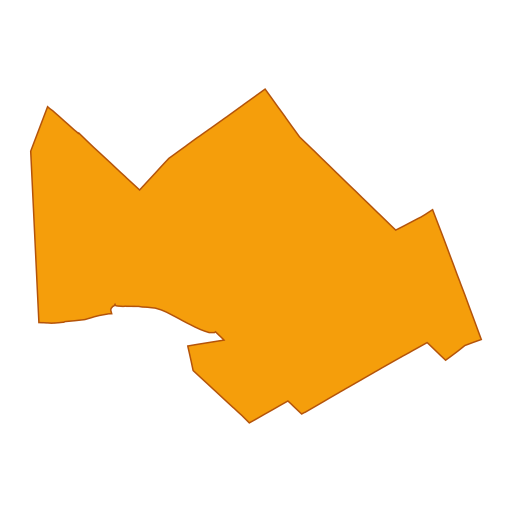 the district of Comuna 10, Ciudad de Buenos Aires, Argentina
{"feature_id": "61730980B55355191537575", "entity_name": "Comuna 10", "entity_type": "district", "adm_level": 2, "iso_a3": "ARG", "parent_name": "Argentina", "parent_adm1": "Ciudad de Buenos Aires", "projection": "mercator", "projection_center": [-58.505, -34.627], "detail": "fine", "context": "isolated", "style": "filled", "palette": "amber", "viewbox_px": 512, "rotation_deg": 0, "n_neighbors": 0, "source": "geoboundaries", "source_scale": "gbopen_adm2", "svg_char_len": 3810}
<svg xmlns="http://www.w3.org/2000/svg" viewBox="0 0 512 512"><path d="M47.6,106.7L30.9,150.7L30.8,151.0L30.7,151.2L38.9,322.6L39.3,322.6L39.6,322.6L41.8,322.7L43.2,322.7L43.5,322.7L44.8,322.8L46.5,322.9L47.1,322.9L48.8,323.0L50.2,323.1L51.6,323.2L52.9,323.1L55.4,323.0L57.3,322.8L58.9,322.7L61.5,322.4L63.8,322.2L65.0,321.6L74.9,320.7L84.6,319.6L85.1,319.5L92.3,317.4L94.1,316.8L99.3,315.5L108.7,313.8L109.1,313.8L111.7,313.7L110.9,310.8L110.7,309.9L111.2,308.3L112.9,306.3L113.9,306.0L114.3,305.5L115.0,304.4L115.5,305.5L116.3,305.8L117.6,306.0L118.7,306.1L118.9,306.1L119.2,306.1L121.1,306.3L121.8,306.3L122.3,306.4L123.7,306.4L125.1,306.2L125.8,306.2L126.4,306.3L127.9,306.3L136.7,306.4L138.6,306.4L142.2,307.0L147.2,307.2L151.5,307.7L155.3,308.1L161.2,309.9L162.4,310.4L166.6,312.2L166.8,312.3L172.0,315.0L172.7,315.4L174.7,316.4L177.7,318.0L180.5,319.5L180.8,319.7L181.7,320.2L186.6,322.8L191.7,325.3L191.8,325.4L194.2,326.6L195.1,327.1L196.3,327.6L200.4,329.5L204.6,331.1L209.2,332.6L213.4,332.6L214.4,332.6L215.5,331.8L219.1,335.3L220.6,336.7L223.6,339.6L224.0,340.1L196.5,344.5L187.8,346.0L188.0,347.1L189.3,352.8L191.3,361.9L193.0,370.0L193.2,370.6L197.6,374.7L206.4,382.8L214.4,390.2L215.3,391.0L224.1,399.2L233.0,407.4L234.0,408.2L237.7,411.7L241.6,415.2L245.3,418.9L249.3,422.9L257.0,418.6L264.6,414.2L272.3,409.9L280.1,405.4L287.9,401.0L291.4,404.2L293.3,406.1L300.9,413.3L301.7,414.0L303.3,413.1L304.2,412.6L304.5,412.5L305.1,412.3L313.9,407.2L323.9,401.4L329.1,398.3L334.8,395.0L336.9,393.8L337.8,393.3L339.0,392.6L339.6,392.2L344.2,389.6L344.8,389.2L351.0,385.7L356.0,382.8L357.8,381.8L364.0,378.2L370.8,374.3L373.1,373.0L374.9,371.9L376.4,371.1L379.7,369.2L381.7,368.0L387.0,365.0L394.6,360.7L403.1,355.9L405.2,354.8L410.1,352.1L413.2,350.3L415.8,348.9L427.1,342.6L428.5,343.8L434.2,349.3L440.3,355.2L444.0,358.7L445.6,360.2L451.2,356.1L458.0,351.0L464.9,345.5L472.9,342.5L481.3,339.5L477.9,330.3L474.0,319.7L469.5,307.6L465.0,295.3L460.3,283.0L459.9,281.8L459.2,280.0L456.9,274.0L453.7,265.3L450.1,255.8L445.9,244.5L442.5,235.5L439.0,226.4L438.5,225.1L435.5,217.3L432.6,209.7L431.1,210.6L430.3,211.2L429.0,212.0L425.2,214.5L420.9,217.1L418.0,218.5L410.6,222.4L403.2,226.3L402.8,226.5L402.5,226.6L402.1,226.9L401.8,227.0L395.7,230.1L390.8,225.4L386.0,220.7L379.0,213.9L377.9,212.9L369.9,205.1L361.8,197.3L354.8,190.4L353.8,189.5L345.7,181.7L337.7,173.9L336.7,173.0L329.7,166.1L321.6,158.3L313.6,150.4L312.7,149.6L306.8,143.9L305.5,142.7L299.6,137.0L293.1,128.0L292.2,126.8L285.9,118.0L285.0,116.6L281.0,111.1L280.3,110.2L280.0,109.7L279.2,108.7L278.1,107.2L271.4,97.8L265.1,89.1L256.6,95.2L255.6,96.0L250.7,99.5L250.0,100.0L248.8,100.9L248.3,101.2L243.3,104.8L242.2,105.7L241.0,106.5L240.1,107.2L238.6,108.2L237.6,109.0L237.0,109.4L236.6,109.7L235.5,110.5L234.5,111.2L232.6,112.6L231.6,113.3L229.8,114.6L227.2,116.5L226.6,117.0L226.0,117.3L224.9,118.1L224.6,118.3L213.7,126.1L210.2,128.6L209.4,129.1L208.4,129.8L207.6,130.4L206.5,131.2L205.9,131.6L204.3,132.7L203.1,133.6L201.2,134.9L201.0,135.1L200.3,135.6L198.7,136.7L197.6,137.4L194.8,139.4L193.6,140.3L191.5,141.8L190.8,142.4L190.6,142.5L189.1,143.6L188.4,144.1L187.3,144.9L186.4,145.6L185.4,146.4L184.1,147.3L182.3,148.6L179.1,150.9L175.7,153.4L172.4,155.8L168.9,158.3L164.3,163.2L159.2,168.7L154.7,173.7L154.4,174.0L154.1,174.3L153.1,175.4L149.0,179.8L146.5,182.5L143.7,185.6L142.8,186.5L142.0,187.4L139.6,190.0L133.7,184.5L130.2,181.3L127.7,179.0L126.7,178.1L125.1,176.5L121.7,173.4L120.7,172.5L115.9,168.0L114.3,166.5L110.2,162.6L109.2,161.7L102.2,155.2L93.5,147.2L86.0,140.0L84.9,138.9L78.9,133.1L78.8,133.3L78.5,133.5L76.2,131.5L74.8,130.4L74.0,129.7L73.0,128.8L67.9,124.2L64.8,121.5L61.8,118.8L58.8,116.1L55.7,113.4L52.8,110.8L50.3,109.0L49.9,108.7L49.4,108.3L47.6,106.7Z" fill="#f59e0b" stroke="#b45309" stroke-width="1.5"/></svg>